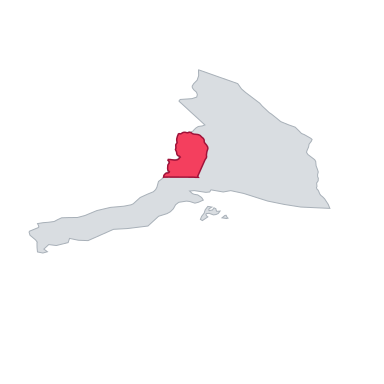 Debub on a map of Eritrea (Equal Earth projection), rotated 114°
{"feature_id": "ERI-1564", "entity_name": "Debub", "entity_type": "Region", "adm_level": 1, "iso_a3": "ERI", "parent_name": "Eritrea", "parent_adm1": "", "projection": "equal_earth", "projection_center": [38.829, 14.796], "detail": "fine", "context": "in_parent", "style": "filled", "palette": "rose", "viewbox_px": 384, "rotation_deg": 114, "n_neighbors": 0, "source": "natural_earth", "source_scale": "10m", "svg_char_len": 3696}
<svg xmlns="http://www.w3.org/2000/svg" viewBox="0 0 384 384"><g transform="rotate(114 192 192)"><path d="M77.7,235.6L76.6,222.0L75.9,213.0L75.1,203.4L74.4,194.3L77.7,188.7L79.3,183.5L83.3,166.3L84.9,162.9L88.1,153.7L88.5,151.1L91.6,139.5L91.4,131.8L90.8,124.1L92.5,119.5L94.0,115.8L93.9,112.7L94.6,105.5L95.1,103.7L96.9,103.6L100.7,104.5L103.5,103.8L106.7,103.8L109.1,103.6L110.6,101.4L112.6,93.0L113.9,91.3L114.9,90.8L117.7,89.2L120.1,86.8L122.1,85.0L122.8,84.7L124.9,84.4L127.0,83.4L128.0,82.2L130.6,81.3L133.1,81.8L134.9,80.8L136.0,80.1L137.3,80.1L138.5,79.1L139.0,77.6L139.8,76.6L141.8,74.5L142.7,72.9L143.1,71.3L143.5,70.0L144.4,67.9L147.9,62.5L150.9,59.4L161.5,86.5L165.8,102.5L169.5,119.2L172.3,144.3L175.0,157.2L179.3,163.5L182.3,175.5L184.8,175.9L186.7,179.2L189.8,190.5L192.1,194.6L193.3,191.0L193.2,189.0L192.3,185.5L193.1,181.0L194.8,178.4L198.8,182.0L201.0,184.8L201.6,190.3L202.6,193.4L206.8,199.9L210.3,201.8L214.9,202.2L218.8,203.7L221.9,206.0L227.7,212.6L241.0,218.4L251.7,236.2L258.0,248.5L278.7,267.2L282.3,276.2L284.2,285.0L288.6,284.6L296.1,294.2L298.3,301.5L304.4,304.1L305.4,299.8L308.4,303.4L309.6,308.8L305.7,311.0L301.4,313.0L300.8,312.9L299.4,315.4L297.4,322.4L295.1,324.4L294.0,324.6L287.2,318.1L286.2,317.7L284.7,319.0L283.7,320.3L280.5,315.4L278.2,311.1L275.0,305.9L271.9,303.5L268.6,300.6L265.3,293.8L261.9,286.3L257.0,280.2L247.7,271.4L239.2,260.2L232.7,248.5L228.5,242.5L226.7,240.9L218.1,237.1L212.1,231.8L207.5,227.4L204.6,226.2L201.9,226.0L196.0,226.9L191.1,224.2L189.1,224.2L185.8,223.4L183.3,222.4L180.2,223.6L174.1,225.5L171.5,225.1L170.2,222.3L169.3,220.2L167.2,218.1L165.4,218.1L164.4,220.0L158.0,224.9L147.2,227.7L144.6,227.5L142.7,225.5L137.3,217.1L135.7,215.7L134.5,215.5L132.0,214.5L129.6,212.9L127.5,209.5L125.5,207.5L123.2,214.3L119.3,226.1L117.1,232.5L114.4,240.7L113.6,240.9L112.2,240.3L106.8,230.1L103.4,226.3L100.9,226.7L99.0,228.5L97.9,232.0L96.6,234.1L95.2,234.9L92.3,234.5L87.8,232.8L83.1,233.2L78.3,235.5L77.7,235.6ZM204.5,167.7L206.0,170.2L207.0,170.0L207.8,169.2L208.3,167.4L213.9,170.9L213.6,173.2L210.3,173.3L206.4,172.3L202.9,172.7L198.7,171.7L197.7,167.7L200.4,169.6L201.8,169.2L202.0,168.7L200.1,166.0L197.5,165.5L197.6,163.4L198.8,162.5L199.6,161.5L198.0,158.6L201.0,159.3L202.9,161.0L204.2,163.1L204.5,167.7ZM202.2,149.6L203.4,154.1L200.0,152.4L199.4,151.4L200.9,149.6L201.2,148.5L202.2,149.6Z" fill="#d9dde1" stroke="#a8b0b8" stroke-width="1"/><path d="M144.8,228.1L144.5,228.0L144.0,227.6L143.8,227.2L143.6,226.2L143.3,225.8L141.4,224.5L140.9,223.9L140.5,223.2L140.2,222.4L139.9,220.6L139.6,220.0L139.3,219.6L138.9,219.3L138.5,218.9L138.4,218.4L138.2,217.1L138.1,216.9L138.5,215.6L138.4,213.9L137.3,210.7L137.0,209.4L137.0,208.3L137.1,207.4L137.8,205.7L138.3,203.8L138.6,203.2L139.2,202.4L140.0,201.8L141.3,201.2L141.8,200.6L142.3,199.7L143.1,198.0L144.4,196.1L145.1,195.6L145.6,195.3L146.1,195.1L149.2,194.8L152.3,193.9L153.7,193.1L154.8,192.8L157.2,193.2L174.5,193.2L174.9,193.3L175.4,193.1L175.6,192.8L176.0,192.2L177.1,194.6L177.9,196.8L188.0,219.7L190.0,224.0L188.4,224.4L187.4,224.3L185.6,223.6L185.4,223.4L185.2,223.2L184.5,222.0L184.0,221.4L183.3,220.9L182.7,220.9L182.4,221.9L181.8,223.0L180.3,223.9L177.5,224.9L176.8,225.0L174.9,224.6L174.0,224.8L173.5,225.3L172.8,226.9L171.9,226.9L171.2,225.2L170.1,221.3L169.7,220.3L169.1,219.3L168.4,218.4L167.6,217.8L167.2,217.6L166.2,217.3L165.0,217.1L164.9,217.0L164.5,217.6L164.4,218.3L164.5,219.2L164.4,220.1L163.9,220.9L163.2,221.5L161.7,222.4L160.5,223.8L159.9,224.4L158.3,224.6L156.2,225.7L155.6,226.0L154.9,226.0L154.3,225.9L153.6,225.7L153.0,225.6L150.8,227.1L149.5,227.6L146.8,228.0L145.1,228.0L144.8,228.1Z" fill="#f43f5e" stroke="#9f1239" stroke-width="1.5"/></g></svg>